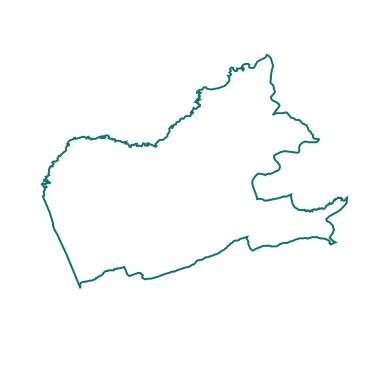 Madimba, Bas-Congo, Democratic Republic of the Congo (Equal Earth projection), rotated 68°
{"feature_id": "63176286B8336769847246", "entity_name": "Madimba", "entity_type": "district", "adm_level": 2, "iso_a3": "COD", "parent_name": "Democratic Republic of the Congo", "parent_adm1": "Bas-Congo", "projection": "equal_earth", "projection_center": [15.601, -5.373], "detail": "fine", "context": "isolated", "style": "outline", "palette": "teal", "viewbox_px": 384, "rotation_deg": 68, "n_neighbors": 0, "source": "geoboundaries", "source_scale": "gbopen_adm2", "svg_char_len": 5963}
<svg xmlns="http://www.w3.org/2000/svg" viewBox="0 0 384 384"><g transform="rotate(68 192 192)"><path d="M99.9,140.1L99.5,141.9L99.9,143.1L100.7,143.6L101.0,144.4L100.1,146.3L100.9,149.7L101.8,150.2L102.3,147.6L103.3,146.8L103.9,148.8L105.3,149.8L106.1,148.8L107.0,150.2L109.3,149.8L109.3,151.3L108.2,151.3L107.8,151.8L109.5,154.9L110.0,153.0L110.6,154.4L111.4,154.0L112.2,152.7L113.3,153.1L114.3,152.0L115.4,152.5L115.6,154.8L116.5,156.5L116.3,157.5L114.7,159.1L115.9,159.9L118.3,164.2L118.2,161.6L118.7,161.3L119.2,161.8L119.6,163.5L120.9,165.1L119.4,169.4L119.5,170.3L120.8,172.0L120.8,173.0L120.0,173.9L119.8,174.9L120.3,175.8L121.6,176.5L121.9,178.4L121.5,179.5L122.1,180.8L123.2,181.4L122.9,183.5L123.3,184.8L124.2,184.9L125.1,186.0L124.9,186.7L123.4,186.7L124.8,189.4L127.6,190.2L129.5,193.1L131.1,193.9L132.8,199.4L131.7,202.3L132.0,203.6L134.0,208.0L134.8,208.4L135.7,207.7L136.3,207.8L136.5,208.6L132.7,212.2L132.1,213.2L130.3,214.3L130.2,215.2L130.4,215.7L132.2,215.2L132.4,216.0L131.1,218.3L129.7,217.9L128.5,219.0L130.8,221.7L129.3,223.4L128.7,225.9L128.0,226.0L126.6,225.0L126.1,226.6L126.7,228.2L125.5,230.5L127.1,231.6L127.3,232.3L126.9,232.8L123.0,233.5L122.2,235.7L121.7,235.9L121.6,234.4L120.8,233.9L120.2,237.4L119.2,238.7L117.8,239.4L116.5,241.8L116.3,244.2L114.3,243.6L113.7,244.9L113.7,246.1L112.8,246.1L112.1,247.7L110.8,249.1L110.0,248.2L108.2,248.6L107.3,250.8L107.5,251.6L107.3,253.0L108.1,253.1L109.0,252.3L109.3,253.2L108.5,254.0L108.0,255.6L107.3,254.5L106.7,254.4L106.3,257.5L106.6,261.7L105.9,262.8L105.6,265.8L104.5,265.6L103.9,267.4L102.1,267.1L101.9,268.4L102.8,269.8L100.8,271.0L100.0,272.2L99.3,279.5L98.9,280.3L97.9,280.1L97.6,281.0L98.7,282.5L98.4,283.4L98.5,286.6L100.5,289.6L101.2,288.4L102.6,288.4L102.6,291.0L104.0,292.3L106.1,293.2L106.7,293.9L107.2,296.5L109.2,300.6L108.6,301.6L109.0,302.5L109.7,302.7L110.4,304.1L112.2,304.4L112.6,307.0L111.8,309.2L112.3,310.4L113.3,309.7L114.2,309.9L114.9,311.5L115.9,311.6L116.0,312.4L115.5,312.8L115.3,313.9L117.6,316.3L119.4,316.6L121.3,318.3L122.8,318.0L123.2,319.5L123.2,321.8L124.2,321.4L125.1,323.0L125.5,324.9L126.0,325.2L127.7,323.6L127.0,321.7L128.6,321.7L129.6,320.4L130.3,320.2L130.5,321.1L129.8,321.6L129.6,322.6L129.7,325.0L128.0,327.2L128.6,328.3L131.5,327.4L132.1,325.3L132.9,325.0L133.4,327.3L134.9,327.6L135.7,329.1L136.6,329.6L139.2,329.9L140.0,330.5L140.2,331.9L157.5,331.6L168.1,332.5L171.4,333.5L175.9,333.6L180.1,332.9L203.4,331.7L239.5,331.5L235.6,330.3L234.5,328.5L234.4,327.3L235.6,322.7L235.8,320.1L236.5,318.7L236.6,314.0L235.9,313.3L236.1,312.3L235.5,311.1L235.6,309.2L234.9,305.5L233.9,304.5L233.0,302.1L233.1,300.9L233.7,300.0L233.4,298.4L235.3,294.1L234.4,292.6L234.9,292.0L234.8,289.7L235.4,288.9L236.1,284.9L236.1,282.9L244.5,282.8L246.4,281.5L246.9,272.2L247.7,270.4L250.7,268.7L252.0,270.1L252.8,270.2L255.3,268.3L256.2,264.1L257.0,262.7L257.8,255.2L257.9,247.5L258.4,242.7L258.2,241.5L258.7,239.1L259.2,238.4L259.0,234.6L259.6,225.6L260.3,223.5L259.6,219.2L259.7,217.3L258.9,215.2L257.7,213.9L257.6,212.5L258.5,207.5L257.7,203.7L258.4,201.8L258.8,190.2L257.7,186.8L257.7,184.3L257.0,182.9L256.7,180.7L255.7,179.5L255.1,177.0L254.1,175.2L254.3,173.9L253.1,171.9L253.1,170.8L254.1,167.9L254.2,166.6L253.6,166.0L253.7,163.7L254.3,157.5L255.8,158.8L259.2,158.3L260.5,159.1L265.6,159.3L268.6,158.2L269.2,157.3L268.7,154.5L268.6,146.7L270.6,140.6L272.4,138.5L274.0,134.1L274.0,132.9L273.3,130.1L273.5,126.3L275.0,122.6L274.6,119.5L275.1,117.4L274.9,113.5L275.5,108.6L276.6,106.7L276.9,104.1L278.4,102.6L279.1,96.5L280.1,94.9L280.3,93.2L282.2,91.7L285.1,86.4L288.7,82.8L290.8,83.6L292.6,83.0L292.4,77.8L290.1,79.7L285.7,81.4L282.8,76.9L280.4,74.6L275.4,74.1L271.1,76.1L269.7,77.9L267.4,77.5L266.0,73.8L264.7,63.5L263.6,59.8L261.5,55.2L259.7,52.5L255.3,50.4L255.6,51.6L256.7,52.7L257.1,54.3L255.9,55.7L255.3,55.6L255.3,56.0L254.7,55.4L253.8,56.4L253.4,56.1L253.2,56.7L252.6,57.0L252.7,57.8L252.1,58.7L252.4,58.8L252.2,59.4L252.6,60.5L252.3,61.7L252.8,62.2L252.4,62.4L252.9,63.8L254.5,64.9L255.2,66.9L254.7,67.0L254.8,68.5L254.5,68.1L254.6,68.6L254.2,68.6L254.6,69.0L254.2,69.7L254.7,69.8L255.1,71.9L254.9,72.2L257.0,74.9L256.9,76.2L256.3,77.5L255.7,77.5L255.6,78.8L254.9,80.0L255.4,80.3L254.8,81.4L255.2,82.1L255.1,83.3L254.5,83.7L254.6,84.3L254.2,84.5L253.6,86.0L254.5,87.1L254.2,87.1L254.4,88.5L253.9,88.4L254.1,89.5L253.8,89.3L252.9,91.4L252.3,91.5L252.1,92.4L252.3,92.9L252.5,92.6L252.6,93.2L252.1,93.2L252.0,94.0L250.7,94.1L250.5,95.8L248.5,99.7L244.2,102.7L240.6,103.1L236.7,102.6L232.8,101.8L231.4,100.9L231.7,106.1L230.6,108.5L230.2,113.9L227.9,126.2L227.1,128.0L224.9,129.5L223.3,132.6L222.9,134.4L220.0,133.7L209.1,133.3L206.3,132.8L203.7,131.4L200.7,126.7L199.9,124.4L200.3,122.6L203.0,118.3L203.9,117.7L203.5,116.5L203.6,114.3L204.6,112.8L204.5,108.0L204.1,106.3L204.4,104.9L203.9,103.2L202.7,101.6L200.6,100.7L197.2,101.3L193.6,102.9L191.0,103.1L188.8,102.0L188.2,94.7L188.9,90.5L195.1,79.6L195.0,77.8L193.2,76.6L191.1,76.1L188.8,74.4L187.7,71.4L187.6,68.1L189.8,64.7L192.3,58.5L192.4,57.1L191.1,54.8L190.5,54.6L190.0,55.1L188.9,57.8L187.7,59.1L186.3,59.3L184.6,58.4L182.6,59.4L180.9,59.3L178.8,60.7L173.1,60.6L169.7,64.0L165.7,65.2L164.2,68.3L163.4,69.2L162.0,69.7L160.3,72.2L154.1,74.2L153.5,74.8L152.8,78.6L150.6,84.1L150.5,86.0L150.9,88.4L144.9,78.6L143.5,78.4L142.0,79.1L139.9,80.4L137.3,83.0L135.7,83.5L133.5,83.2L130.7,78.0L129.6,77.3L127.1,77.5L124.0,76.7L120.0,78.3L111.0,73.7L105.2,69.5L97.4,68.8L94.6,69.8L92.9,71.3L94.7,73.2L95.5,82.0L96.0,83.1L99.6,87.4L99.9,88.8L99.7,89.9L97.9,92.3L95.5,91.3L94.3,91.9L93.5,93.6L93.2,95.9L93.5,97.3L94.3,98.5L97.3,97.8L98.3,99.1L96.8,99.8L95.4,99.7L95.4,101.8L94.4,103.9L96.4,104.8L96.5,105.9L96.1,106.6L93.9,107.9L92.3,107.4L91.4,108.9L91.6,109.9L92.5,110.7L94.3,110.6L95.2,112.6L96.9,111.8L97.8,111.8L98.4,113.2L97.9,115.0L100.3,114.7L102.8,115.6L105.3,120.2L105.9,122.4L105.6,128.7L104.2,135.5L102.6,138.4L101.3,139.7L99.9,140.1Z" fill="none" stroke="#0f766e" stroke-width="2"/></g></svg>